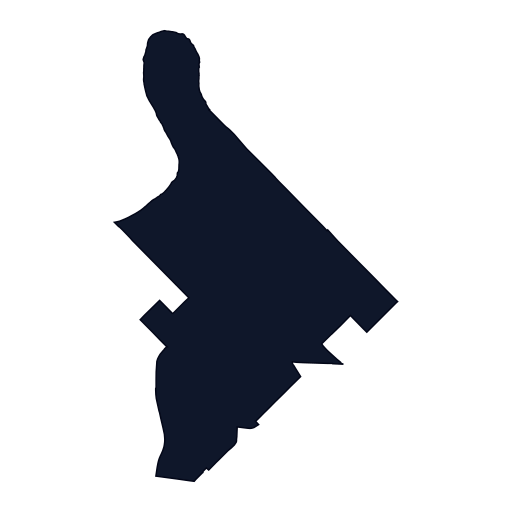 outline of Victoria Park, Western Australia, Australia
{"feature_id": "25037944B59054376052464", "entity_name": "Victoria Park", "entity_type": "district", "adm_level": 2, "iso_a3": "AUS", "parent_name": "Australia", "parent_adm1": "Western Australia", "projection": "albers", "projection_center": [115.893, -31.976], "detail": "fine", "context": "isolated", "style": "filled", "palette": "ink", "viewbox_px": 512, "rotation_deg": 0, "n_neighbors": 0, "source": "geoboundaries", "source_scale": "gbopen_adm2", "svg_char_len": 5862}
<svg xmlns="http://www.w3.org/2000/svg" viewBox="0 0 512 512"><path d="M209.6,109.7L208.8,108.8L208.3,108.1L206.9,105.6L206.4,104.9L205.9,104.0L205.9,103.8L205.8,102.5L205.7,102.1L205.6,101.8L205.2,101.2L204.4,100.4L204.3,100.2L204.0,100.0L203.4,99.2L202.9,98.4L202.2,97.2L201.5,95.4L201.5,95.2L201.3,94.5L200.9,93.6L200.0,92.1L199.3,89.9L199.0,87.7L198.8,86.3L198.8,84.6L198.9,83.2L198.8,82.7L198.7,81.9L198.7,80.4L198.8,79.3L198.9,79.0L198.9,76.5L199.0,75.9L199.0,75.6L199.1,75.4L199.0,75.1L199.0,73.7L199.0,73.2L198.8,72.3L198.8,72.1L198.7,71.5L198.7,71.1L198.7,70.3L198.7,69.5L198.7,68.8L198.8,68.2L199.1,67.5L199.3,67.1L199.1,66.3L199.1,65.7L199.0,64.9L199.0,63.9L199.1,63.4L199.3,62.9L199.6,62.4L199.6,61.9L199.5,61.7L199.4,61.2L199.3,60.4L199.4,58.7L199.4,58.4L198.9,56.5L198.7,56.1L197.8,54.1L196.9,52.7L196.0,51.0L195.3,49.4L195.1,49.2L195.1,48.9L194.1,47.3L193.7,46.3L193.7,46.0L193.4,45.3L193.0,45.0L192.8,44.9L192.3,44.5L191.2,43.3L190.7,42.8L190.4,42.0L189.9,40.6L189.8,40.3L189.2,39.4L188.8,39.1L188.3,38.9L187.4,38.7L186.9,38.7L186.7,38.5L186.5,38.3L186.3,38.0L186.1,37.8L185.2,36.5L184.5,35.2L183.7,34.4L183.2,34.1L182.7,33.9L182.2,33.9L181.7,33.9L180.8,34.0L180.1,34.0L179.4,33.9L178.5,33.8L177.2,33.2L176.5,32.8L176.3,32.6L175.0,32.3L173.1,31.9L172.9,31.8L171.5,31.7L169.7,31.4L169.0,31.3L168.5,31.2L167.5,31.2L167.1,31.2L166.4,31.1L165.1,30.8L164.4,30.7L164.2,30.8L163.9,30.8L162.4,31.2L161.8,31.3L160.3,31.8L159.6,32.2L157.4,32.8L155.7,33.5L155.2,33.7L153.4,34.5L153.1,34.6L152.0,35.5L151.7,35.9L150.6,36.9L150.1,37.6L149.6,38.3L149.1,39.0L148.9,39.1L148.5,40.0L147.8,42.3L147.7,42.9L147.6,43.1L147.4,45.9L146.7,48.0L146.0,49.9L146.0,50.2L145.9,51.2L145.9,51.6L145.7,52.2L145.6,52.5L145.4,53.2L144.7,55.6L144.4,56.0L143.9,56.9L143.4,58.7L143.3,58.9L143.2,59.2L143.2,59.5L143.3,60.1L144.0,62.0L144.2,62.7L144.2,63.0L144.0,64.5L143.9,65.7L143.9,66.5L143.9,67.1L143.9,67.5L143.8,68.9L143.8,69.2L143.8,70.9L143.7,71.9L143.6,72.7L143.8,75.7L143.8,76.6L143.8,77.4L143.7,77.8L143.6,79.3L143.6,80.0L143.8,81.8L144.1,82.9L144.1,83.4L144.1,84.0L144.5,85.8L144.7,86.9L145.7,91.3L146.6,94.6L146.6,94.9L147.1,96.3L147.5,97.0L147.9,97.7L148.2,98.5L149.0,100.0L149.4,100.8L150.2,102.0L150.4,102.4L151.5,104.2L153.8,107.9L154.1,108.6L155.0,110.1L155.6,111.4L155.7,111.7L156.2,112.8L156.5,114.3L156.7,115.2L157.0,116.0L157.3,116.5L158.4,118.4L159.1,119.7L160.2,121.2L160.5,121.7L160.6,122.2L161.0,122.7L161.2,122.9L161.9,123.8L162.4,124.7L162.6,125.3L163.0,126.0L163.1,126.3L163.3,126.8L164.0,128.5L164.0,128.9L164.8,130.8L165.9,132.3L168.0,136.3L168.6,137.2L169.5,138.6L169.8,139.0L170.7,140.7L171.3,142.6L171.9,144.1L172.3,144.8L172.3,145.0L173.4,147.2L173.6,147.4L175.0,149.3L175.7,150.8L176.1,151.8L177.1,153.8L177.2,154.0L177.4,154.4L177.7,155.4L177.9,155.6L178.5,157.7L178.6,157.9L178.9,159.0L179.0,159.5L179.2,160.9L179.2,162.4L179.2,163.0L179.0,164.8L179.0,165.1L179.0,165.5L178.9,169.0L178.7,170.4L178.6,170.6L178.6,170.9L178.4,171.7L178.3,171.9L177.6,172.5L177.5,172.8L177.3,173.8L177.3,175.5L177.0,176.5L176.8,176.7L176.7,177.1L176.3,178.0L176.0,178.4L175.5,179.0L175.2,179.5L174.2,180.6L173.4,181.0L172.4,181.8L171.6,182.5L171.3,183.4L171.0,183.8L170.4,184.8L169.0,186.8L167.7,188.4L167.0,189.2L166.8,189.4L166.5,189.9L165.7,190.6L164.5,192.0L164.1,192.4L162.9,193.4L162.1,194.0L160.7,194.5L160.1,195.3L159.8,195.7L159.3,196.0L159.2,196.2L159.0,196.3L158.8,196.5L158.2,196.7L157.3,197.2L157.1,197.4L157.1,197.5L154.8,199.0L153.5,199.6L151.9,200.7L151.4,201.3L150.9,201.6L150.0,202.5L148.7,203.5L147.4,204.7L146.1,206.0L145.0,206.8L143.2,208.4L140.6,210.4L135.5,213.6L131.7,215.6L129.0,217.1L126.5,218.3L125.8,218.6L125.5,218.7L124.8,219.1L124.1,219.3L123.5,219.6L119.3,221.3L118.1,221.5L117.5,221.7L116.9,221.8L116.6,221.9L114.4,222.3L118.7,226.6L119.0,226.5L122.3,229.7L130.2,237.9L132.4,240.5L133.7,241.8L175.4,284.1L175.7,284.5L176.1,284.8L188.4,297.3L188.9,297.8L184.7,301.7L173.4,313.0L172.9,313.4L172.3,313.3L159.6,300.4L144.6,315.1L140.2,319.7L153.0,332.6L160.1,340.0L165.2,345.1L166.1,346.0L167.1,346.8L166.6,346.9L165.7,347.8L164.7,348.7L164.4,349.1L164.2,349.6L163.2,350.6L160.2,354.2L158.9,356.4L157.7,358.8L156.9,361.3L156.2,371.8L156.1,379.8L156.1,387.4L155.7,388.5L155.7,389.7L155.7,390.3L155.8,392.6L155.9,394.7L156.3,398.4L157.1,402.2L159.0,410.8L159.6,412.7L160.9,418.7L163.1,428.1L164.0,432.3L164.4,434.2L164.7,437.8L164.8,439.6L164.7,442.0L164.3,445.1L163.9,447.1L162.7,450.8L161.3,454.0L160.3,456.1L159.4,458.2L158.6,460.6L158.0,463.1L157.2,467.3L155.9,476.1L178.3,479.1L189.5,480.7L194.2,481.3L195.9,479.3L202.6,472.6L202.9,472.5L203.0,471.4L206.3,468.0L207.1,468.6L208.7,470.0L216.0,462.5L218.8,459.8L227.3,451.3L228.0,450.6L230.6,448.5L231.3,447.9L234.4,444.9L236.1,442.3L236.3,441.9L236.4,441.4L236.5,440.9L236.5,439.4L236.8,436.7L237.1,429.0L237.2,426.9L243.5,427.7L247.7,428.2L249.9,428.4L251.6,428.2L252.8,427.9L254.0,427.5L258.6,424.6L255.4,421.1L256.3,420.6L257.7,419.3L264.0,412.9L267.0,410.0L275.2,401.7L284.2,392.9L290.3,386.7L300.6,376.6L295.3,368.1L293.7,365.4L293.1,364.8L292.9,364.5L292.6,363.8L292.4,363.2L292.4,362.4L292.4,361.8L293.0,361.9L296.7,362.3L303.2,362.6L328.1,363.4L332.2,363.4L332.6,363.7L343.4,364.2L341.2,363.4L340.6,362.3L336.8,359.2L328.7,351.8L327.0,350.2L325.3,348.4L323.0,345.8L322.2,344.6L321.7,343.8L330.8,334.8L331.8,334.0L340.7,325.4L350.4,315.5L363.4,328.8L366.8,332.2L376.6,322.4L396.6,302.4L397.6,301.6L395.6,299.7L388.2,292.2L385.3,289.3L381.1,285.0L372.5,276.2L357.8,261.4L350.8,254.3L344.7,248.1L338.8,242.1L337.7,241.0L333.9,236.8L327.7,229.9L327.0,230.7L323.4,226.8L305.3,208.5L285.1,187.8L279.8,182.5L279.3,182.0L275.9,178.4L274.8,177.0L273.9,176.1L271.9,174.0L266.5,168.6L263.6,165.7L261.8,163.9L246.7,148.9L234.3,134.5L233.3,133.5L229.7,129.9L228.2,128.6L226.0,126.9L223.8,124.8L210.3,111.1L209.0,110.0L209.6,109.7Z" fill="#0f172a" stroke="#020617" stroke-width="1.5"/></svg>